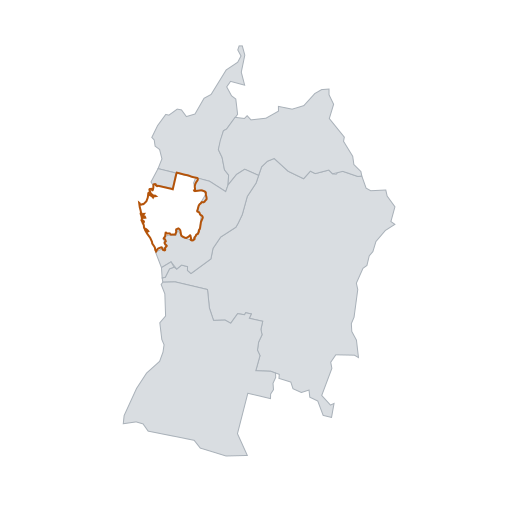 Gabon shown with its bordering countries, rotated 13°
{"feature_id": "GAB", "entity_name": "Gabon", "entity_type": "country or territory", "adm_level": 0, "iso_a3": "GAB", "parent_name": "Africa", "parent_adm1": "", "projection": "natural_earth1", "projection_center": [11.622, -0.807], "detail": "fine", "context": "with_neighbors", "style": "outline", "palette": "amber", "viewbox_px": 512, "rotation_deg": 13, "n_neighbors": 6, "source": "natural_earth", "source_scale": "50m", "svg_char_len": 7036}
<svg xmlns="http://www.w3.org/2000/svg" viewBox="0 0 512 512"><g transform="rotate(13 256 256)"><path d="M362.7,265.8L365.3,293.6L364.1,300.4L366.3,308.0L372.8,315.4L378.7,331.9L374.2,330.5L356.0,334.3L352.7,342.7L355.2,348.4L351.4,377.1L362.1,384.5L365.2,382.1L365.9,396.3L357.3,396.2L348.8,383.4L340.2,381.5L337.8,374.7L330.9,378.8L321.9,377.0L318.3,371.0L305.9,370.1L305.3,366.1L296.3,365.0L281.6,367.8L282.3,352.2L278.6,347.4L277.9,339.3L279.6,331.4L277.3,326.4L277.2,318.1L263.5,318.2L264.5,313.5L258.7,313.6L258.1,315.8L251.1,316.3L246.5,327.2L240.3,325.4L229.1,328.3L222.3,317.2L216.3,299.6L183.0,299.4L171.1,302.5L169.5,298.5L172.4,297.1L174.6,288.0L178.7,285.3L181.7,286.6L185.5,281.6L191.7,281.7L192.4,285.4L196.6,287.7L212.7,269.0L212.4,258.2L217.3,245.5L229.9,232.5L231.2,228.3L233.3,218.9L234.1,199.9L239.7,184.8L241.4,167.8L245.8,161.1L251.8,156.9L268.3,166.2L285.0,170.0L289.9,161.1L295.1,162.4L307.6,155.9L312.1,158.7L315.7,158.3L317.4,155.1L321.6,154.0L337.4,155.6L341.1,154.3L348.0,165.1L353.1,166.6L367.6,162.5L370.3,168.1L380.3,176.8L379.7,192.1L384.2,193.9L376.3,202.0L369.6,214.9L368.9,225.4L366.3,230.4L366.2,240.3L363.0,243.9L359.9,259.9L362.7,265.8Z" fill="#d9dde1" stroke="#a8b0b8" stroke-width="1"/><path d="M195.4,54.4L199.9,62.8L200.3,80.2L206.5,92.1L191.9,91.6L189.4,97.8L196.1,105.4L201.0,107.6L206.2,122.1L198.8,138.9L196.1,141.3L195.4,160.8L200.8,167.6L205.9,179.1L211.1,183.3L212.8,193.1L212.0,200.1L193.9,193.6L140.9,192.9L142.5,182.5L138.1,173.9L133.0,171.7L130.7,165.8L127.8,163.9L130.8,151.0L136.2,138.4L139.5,138.3L146.2,130.6L150.5,130.4L156.8,135.8L164.6,131.4L169.9,114.0L175.9,108.7L185.1,81.4L194.6,71.3L196.4,64.5L191.9,59.3L192.3,55.1L195.4,54.4Z" fill="#d9dde1" stroke="#a8b0b8" stroke-width="1"/><path d="M341.1,154.3L337.4,155.6L321.6,154.0L312.1,158.7L307.6,155.9L295.1,162.4L289.9,161.1L285.0,170.0L268.3,166.2L251.8,156.9L245.8,161.1L241.4,167.8L240.4,176.9L225.5,174.0L218.7,180.9L212.8,193.1L211.1,183.3L205.9,179.1L200.8,167.6L195.4,160.8L195.2,151.4L196.1,141.3L198.8,138.9L204.4,125.6L213.8,124.6L215.8,121.3L220.5,124.5L234.7,119.5L245.3,109.8L244.2,105.2L258.2,104.8L268.8,98.7L276.8,84.4L282.5,79.1L289.6,76.9L290.9,82.5L297.5,90.7L296.5,105.6L315.3,120.3L315.5,124.6L327.8,137.1L330.8,144.9L339.2,150.1L341.1,154.3Z" fill="#d9dde1" stroke="#a8b0b8" stroke-width="1"/><path d="M240.4,176.9L239.7,184.8L234.1,199.9L233.3,218.9L231.2,228.3L229.9,232.5L217.3,245.5L212.4,258.2L212.7,269.0L196.6,287.7L192.4,285.4L191.7,281.7L185.5,281.6L181.7,286.6L174.5,280.8L166.5,288.6L157.2,274.8L165.8,267.6L161.6,258.9L165.4,255.6L173.1,254.0L174.0,248.2L180.0,254.5L190.0,255.0L193.4,248.9L194.9,240.2L193.6,230.0L188.3,222.2L193.2,207.1L190.4,204.5L182.0,205.5L178.8,198.8L179.6,193.1L193.9,193.6L212.0,200.1L212.8,193.1L218.7,180.9L225.5,174.0L240.4,176.9Z" fill="#d9dde1" stroke="#a8b0b8" stroke-width="1"/><path d="M140.9,192.9L159.3,193.2L159.4,208.9L139.1,209.5L137.0,207.5L140.9,192.9Z" fill="#d9dde1" stroke="#a8b0b8" stroke-width="1"/><path d="M178.7,285.3L174.6,288.0L172.4,297.1L169.5,298.5L166.5,288.6L174.5,280.8L178.7,285.3ZM171.1,302.5L183.0,299.4L216.3,299.6L222.3,317.2L229.1,328.3L240.3,325.4L246.5,327.2L251.1,316.3L258.1,315.8L258.7,313.6L264.5,313.5L263.5,318.2L277.2,318.1L277.3,326.4L279.6,331.4L277.9,339.3L278.6,347.4L282.3,352.2L281.6,367.8L296.3,365.0L301.4,365.7L302.5,369.8L301.2,376.2L303.1,382.3L301.3,387.2L302.2,391.7L278.9,391.6L277.9,433.3L292.4,452.3L271.8,457.6L244.9,455.7L237.2,449.5L190.3,450.9L183.7,445.0L176.5,444.6L164.4,449.3L163.4,441.1L169.4,411.9L175.7,394.7L185.8,380.3L187.0,370.6L186.4,363.2L183.0,358.5L177.3,342.7L181.4,334.8L175.7,313.4L170.0,305.1L171.1,302.5Z" fill="#d9dde1" stroke="#a8b0b8" stroke-width="1"/><path d="M182.1,194.5L182.0,195.4L181.1,197.6L180.7,199.3L180.6,201.2L180.8,202.6L181.3,203.7L181.6,204.9L181.3,205.7L180.9,206.0L181.2,206.4L181.9,206.5L183.0,206.1L184.7,205.5L186.9,204.6L188.4,204.2L190.8,204.5L192.1,204.8L192.8,205.4L193.5,208.1L193.8,208.5L194.4,209.6L194.9,210.9L195.0,211.6L195.0,212.1L194.5,212.8L193.9,213.9L193.7,214.6L193.3,215.0L192.7,215.5L191.1,215.7L190.8,216.0L190.4,217.1L189.5,218.1L189.1,219.0L188.8,220.2L188.8,221.7L188.7,223.9L188.5,225.4L188.9,225.9L190.9,226.3L191.2,226.6L191.7,227.5L192.4,228.3L194.2,228.9L194.9,229.5L195.4,230.2L195.5,230.8L195.1,233.2L194.7,235.4L194.9,237.2L195.0,238.8L195.2,241.2L195.1,242.7L194.6,243.6L194.6,244.3L194.9,245.1L194.4,247.5L194.1,247.8L193.3,248.3L192.9,248.9L192.8,249.9L192.3,251.2L191.9,251.7L191.9,252.4L192.3,252.8L192.3,253.5L191.5,254.4L191.0,255.0L190.0,255.3L188.8,255.0L188.5,254.5L188.8,253.8L188.7,253.2L188.3,252.6L187.6,251.0L187.1,250.7L186.7,251.3L185.8,252.5L184.0,254.1L182.8,254.2L180.6,253.7L178.7,253.0L177.8,251.2L177.2,249.7L176.4,248.0L175.5,247.2L174.6,246.7L174.1,246.6L172.8,247.6L172.3,248.0L172.3,248.8L172.5,249.5L172.7,249.9L172.9,250.4L172.8,251.1L172.6,252.1L172.5,253.2L168.2,254.3L167.4,253.9L166.9,253.4L166.2,253.5L164.4,254.1L163.7,253.7L163.0,253.4L162.7,253.6L162.7,254.1L163.0,256.7L162.9,257.7L162.4,259.0L162.2,259.8L163.4,260.1L163.8,260.5L164.2,261.1L164.7,261.8L164.8,262.1L164.2,262.8L163.9,263.6L164.2,264.3L165.0,265.0L166.2,265.7L166.7,266.1L166.7,266.6L166.1,267.5L165.9,268.2L165.6,268.9L165.6,269.6L166.1,270.2L166.1,270.7L165.7,271.1L165.0,271.0L164.4,271.1L163.9,270.9L162.2,268.8L161.8,268.8L159.4,270.4L158.8,271.0L158.3,271.9L157.6,274.0L156.5,272.8L155.6,270.6L154.4,269.3L152.1,267.2L151.5,265.6L148.8,262.1L144.9,258.7L142.1,255.7L141.7,255.0L142.2,255.1L144.9,256.6L145.2,256.4L145.5,256.1L144.4,255.3L143.3,254.7L142.2,254.3L141.2,254.3L140.6,253.7L140.2,252.7L140.0,251.9L139.6,251.0L138.1,249.3L137.7,248.6L136.9,247.6L137.4,247.5L139.0,248.4L139.1,248.0L139.0,247.5L137.4,246.7L136.5,246.6L136.3,246.0L136.5,245.3L135.3,242.7L134.1,240.8L133.9,239.8L137.1,244.1L137.6,244.1L138.1,244.1L139.5,243.6L139.2,243.1L138.6,242.5L138.0,242.7L137.3,242.8L136.9,242.5L136.7,242.1L137.5,240.1L137.1,240.2L136.9,240.5L136.5,240.7L135.8,240.8L134.3,239.7L132.9,236.7L132.5,236.1L132.1,235.1L131.8,234.7L130.2,230.5L130.8,230.8L131.5,232.0L132.9,231.7L133.5,231.0L134.0,231.1L134.5,230.9L135.1,230.2L136.9,227.3L137.4,223.5L137.2,221.2L136.9,219.0L137.5,218.2L137.8,218.7L137.9,219.5L138.2,220.1L138.8,220.6L140.0,220.8L141.9,221.6L142.5,222.1L142.7,221.1L144.9,220.2L144.2,219.9L142.3,220.2L139.7,218.9L138.8,218.0L138.0,216.4L137.2,215.5L137.3,214.7L139.1,214.0L139.6,214.1L139.8,215.0L140.3,215.3L140.5,215.2L140.6,214.5L140.6,212.5L140.0,209.8L140.2,209.2L140.7,209.0L141.2,208.7L141.5,208.6L142.1,208.7L142.5,209.3L142.6,209.7L143.3,209.8L143.8,210.2L144.2,210.1L144.6,209.7L145.2,209.6L146.9,209.6L148.4,209.6L151.5,209.6L154.6,209.6L157.6,209.6L159.9,209.7L159.9,208.1L159.9,205.6L159.9,202.7L159.9,200.0L159.9,197.4L159.9,194.4L160.0,193.5L160.1,193.1L160.1,192.6L162.5,192.6L166.8,192.8L168.7,192.8L169.2,192.8L171.5,192.7L173.4,192.9L174.3,193.1L175.0,193.2L177.3,193.3L180.2,193.2L181.2,193.2L181.8,193.6L182.1,194.5Z" fill="none" stroke="#b45309" stroke-width="2"/></g></svg>